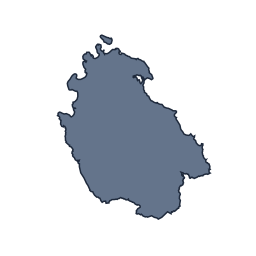 the district of South West Malekula, Malampa, Vanuatu, rotated 157°
{"feature_id": "77236927B2761964185252", "entity_name": "South West Malekula", "entity_type": "district", "adm_level": 2, "iso_a3": "VUT", "parent_name": "Vanuatu", "parent_adm1": "Malampa", "projection": "robinson", "projection_center": [167.511, -16.429], "detail": "fine", "context": "isolated", "style": "filled", "palette": "slate", "viewbox_px": 256, "rotation_deg": 157, "n_neighbors": 0, "source": "geoboundaries", "source_scale": "gbopen_adm2", "svg_char_len": 5797}
<svg xmlns="http://www.w3.org/2000/svg" viewBox="0 0 256 256"><g transform="rotate(157 128 128)"><path d="M70.0,54.4L70.5,55.1L70.6,55.7L69.9,57.6L68.7,57.8L69.0,58.2L68.6,58.1L68.7,58.6L67.6,60.8L67.6,62.8L67.4,63.0L68.3,64.2L68.4,64.9L68.8,64.9L69.6,66.4L69.1,67.9L68.5,68.3L68.8,68.3L69.7,70.2L69.9,72.2L69.5,72.8L69.8,74.0L69.1,76.8L68.3,77.6L68.0,78.7L67.5,78.9L67.5,80.8L66.7,82.2L65.9,82.7L65.3,84.1L66.4,84.8L67.1,83.9L68.0,83.4L69.3,84.0L70.2,85.2L71.0,87.6L70.7,90.1L71.8,92.0L71.6,92.7L70.6,93.4L69.8,94.7L71.0,94.5L71.8,95.3L72.5,98.1L74.2,97.4L75.3,97.6L77.2,98.8L78.8,100.5L79.2,103.6L79.7,105.0L79.9,106.5L79.1,110.3L79.9,115.6L80.2,116.6L80.2,117.9L79.3,118.7L79.9,119.1L80.6,120.9L79.9,122.4L77.4,123.4L76.9,124.5L77.5,125.2L79.9,126.3L80.4,127.3L83.2,130.4L84.6,131.2L86.2,132.8L86.5,132.8L87.5,136.4L89.4,137.4L91.0,139.2L91.0,139.9L91.5,140.1L92.0,139.8L92.6,140.2L94.1,141.6L95.1,143.3L96.1,144.1L96.6,146.8L96.5,149.1L97.7,150.4L97.5,152.3L98.9,154.5L98.4,155.6L98.6,157.3L97.5,159.8L97.7,161.2L97.5,161.7L95.7,163.2L95.0,164.8L93.8,165.8L93.8,166.3L94.5,166.7L95.5,166.6L97.4,164.5L98.7,163.8L99.1,164.0L99.2,165.7L99.0,166.0L98.9,168.0L99.8,168.2L100.5,167.8L100.7,168.5L100.2,170.3L100.8,171.3L100.7,172.0L102.2,172.4L103.0,172.1L103.4,172.5L102.9,173.7L101.2,173.6L100.5,172.9L99.7,173.5L98.9,173.4L97.2,171.8L96.3,171.9L95.7,171.2L95.8,170.6L95.5,170.3L95.8,169.2L94.4,169.1L94.3,168.3L94.8,168.8L95.8,168.3L95.9,167.7L95.5,167.1L94.4,167.2L93.3,166.1L90.6,166.6L88.9,165.2L87.5,163.3L85.8,163.7L85.6,164.3L85.4,167.8L86.8,170.6L86.3,171.7L86.2,173.6L85.4,174.9L86.0,176.6L87.1,181.8L87.6,182.7L87.4,183.1L88.6,183.9L89.9,185.9L91.2,186.9L91.6,188.1L92.7,188.3L93.7,187.8L94.2,188.9L97.6,190.9L98.9,193.3L100.3,194.2L100.6,195.0L101.8,196.1L102.1,197.2L102.9,198.2L104.0,198.8L104.4,199.4L105.8,198.4L107.0,199.3L107.1,200.2L106.7,201.3L105.4,201.0L105.1,201.7L105.7,202.2L105.7,204.2L106.3,205.2L107.9,206.0L108.3,205.9L108.1,205.6L108.3,205.2L109.3,205.2L111.6,206.3L115.8,204.8L117.8,204.5L119.4,205.0L120.6,206.1L120.8,205.6L121.1,207.0L120.8,208.2L119.9,208.5L119.9,209.0L121.2,208.5L121.8,208.7L122.7,210.7L122.5,211.7L121.2,212.7L120.5,215.0L121.7,216.2L122.6,216.1L122.4,216.6L122.7,216.8L123.2,217.0L124.3,216.6L126.0,215.4L126.2,214.6L126.1,212.0L126.7,209.9L126.5,208.7L125.6,207.3L126.2,206.1L128.2,204.9L131.0,204.7L132.3,205.6L132.7,206.4L132.0,207.4L132.2,208.9L132.7,209.4L133.6,208.7L133.8,208.9L133.5,210.1L134.0,211.5L134.0,212.6L134.3,213.0L136.4,213.8L137.6,212.6L138.8,213.0L140.4,212.5L141.6,211.5L142.3,209.2L140.9,206.8L140.0,205.8L141.0,205.0L141.8,206.5L143.1,206.5L143.7,206.2L144.3,205.1L144.6,204.2L144.8,200.9L144.0,198.7L145.1,197.6L145.7,195.9L145.3,195.2L144.7,195.2L144.5,194.4L145.9,192.5L147.4,191.6L149.4,191.3L152.5,191.2L154.7,192.1L155.5,192.8L156.2,194.3L154.8,196.0L154.5,196.9L154.6,197.6L155.2,198.3L156.3,198.7L157.8,198.4L159.4,197.7L162.4,195.5L165.0,194.2L166.4,192.8L167.0,190.4L167.3,186.4L166.7,185.7L164.9,185.1L164.5,185.3L162.0,182.4L160.6,181.8L160.5,180.1L161.8,176.7L163.8,174.2L166.6,173.0L168.6,173.2L168.9,171.8L170.1,171.4L170.6,169.9L170.6,168.0L168.5,166.7L168.0,167.0L168.7,166.6L170.6,167.4L171.0,165.8L170.8,163.7L172.3,161.7L174.3,160.6L175.8,160.4L176.3,160.9L176.8,162.8L179.1,165.3L181.4,165.9L183.0,167.5L184.0,168.8L185.0,169.4L186.6,168.9L187.3,167.3L188.0,166.9L186.9,165.6L186.7,164.8L186.9,164.0L187.7,163.4L187.2,162.6L187.1,161.4L186.7,161.2L188.5,158.0L188.3,155.4L186.9,154.2L186.4,154.9L186.3,154.5L185.6,154.3L185.4,152.7L185.7,152.5L185.4,152.1L185.9,150.5L187.0,149.6L187.0,148.1L187.8,147.0L187.9,146.3L189.2,144.9L189.3,143.8L190.4,140.9L190.1,139.5L190.7,139.0L188.9,135.1L188.5,134.9L189.0,134.0L187.6,132.6L187.0,129.7L187.6,129.0L187.7,128.2L188.5,128.2L189.5,126.7L189.2,125.8L189.2,124.9L189.6,124.7L189.8,123.4L189.0,121.7L188.9,119.3L187.7,117.5L186.7,117.9L186.1,117.3L185.5,117.3L186.1,116.6L187.4,116.2L187.5,114.8L186.7,114.1L187.9,111.3L189.0,105.2L188.0,99.1L187.8,93.3L187.3,90.8L187.2,86.0L187.5,85.7L186.9,84.1L185.3,82.9L185.4,81.8L185.0,79.2L183.8,76.6L182.5,76.0L182.1,74.9L181.3,74.3L181.3,71.4L180.8,69.7L179.1,70.0L177.2,69.4L177.6,67.3L174.8,66.5L174.5,67.2L173.1,68.2L172.3,68.0L170.9,68.4L167.9,67.3L166.7,67.2L165.9,66.5L164.6,66.8L163.4,66.5L162.1,66.9L161.0,66.0L161.0,65.6L159.8,65.0L159.5,64.2L158.8,64.1L158.1,62.8L156.8,62.1L155.4,62.4L155.6,61.2L154.8,60.0L153.2,58.6L153.0,58.0L152.2,57.5L151.5,56.6L151.1,55.2L149.6,53.4L148.9,53.6L147.8,52.6L147.3,51.3L147.8,50.3L150.5,49.9L152.8,48.4L152.7,47.9L153.9,46.1L153.7,45.7L153.1,45.2L151.8,45.1L150.3,43.2L149.4,43.4L148.5,41.1L146.8,39.4L145.3,39.0L144.8,38.3L140.5,38.0L138.7,35.5L136.6,34.0L135.7,32.3L131.8,32.6L124.4,35.4L121.9,32.3L121.7,32.8L120.8,33.3L120.6,33.8L119.8,33.2L119.5,33.6L118.1,33.8L117.6,33.1L114.8,34.0L113.8,34.6L112.8,34.3L111.6,35.8L110.6,35.8L110.3,37.5L108.1,40.9L108.3,42.9L107.1,45.3L105.9,46.3L105.6,47.7L106.3,49.4L105.8,50.1L105.9,50.8L104.5,51.9L104.5,52.6L104.0,53.2L102.4,54.3L102.0,54.5L101.6,54.0L99.6,54.4L99.7,54.9L98.3,55.8L98.4,57.0L97.9,57.5L98.2,58.2L97.9,58.6L97.1,59.0L96.7,59.8L95.8,59.8L95.4,60.3L95.9,62.1L95.6,63.0L95.8,63.4L96.7,62.8L96.9,63.8L96.2,65.0L96.4,66.5L94.8,65.1L94.5,64.2L92.7,63.1L92.2,63.3L91.5,62.8L91.3,62.1L90.6,61.8L90.5,59.8L90.8,58.0L90.5,57.5L89.9,57.4L89.2,58.0L88.1,57.5L87.8,56.8L87.0,56.3L86.8,55.7L83.7,55.7L81.6,56.1L81.1,55.5L79.5,55.6L78.6,55.1L78.3,55.3L77.7,54.8L76.8,55.4L74.9,55.3L73.3,54.8L72.7,54.2L70.0,54.4ZM109.3,217.3L110.0,217.6L110.6,218.7L112.0,219.6L115.8,223.7L117.1,223.7L117.8,223.0L117.8,222.1L116.8,219.4L116.3,218.7L116.4,216.5L115.0,215.4L114.0,213.5L112.2,212.2L110.2,212.6L108.4,214.9L108.1,216.2L108.3,216.8L108.5,216.4L109.3,217.3Z" fill="#64748b" stroke="#1e293b" stroke-width="1.5"/></g></svg>